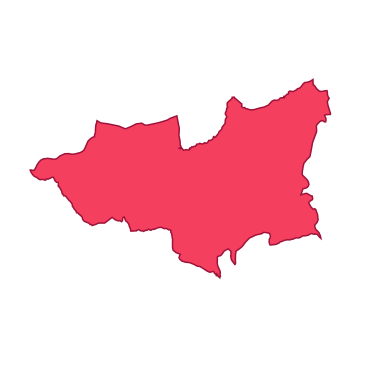 Kabalo, Katanga, Democratic Republic of the Congo (Natural Earth projection), rotated 168°
{"feature_id": "63176286B58583497580401", "entity_name": "Kabalo", "entity_type": "district", "adm_level": 2, "iso_a3": "COD", "parent_name": "Democratic Republic of the Congo", "parent_adm1": "Katanga", "projection": "natural_earth1", "projection_center": [26.919, -6.185], "detail": "fine", "context": "isolated", "style": "filled", "palette": "rose", "viewbox_px": 384, "rotation_deg": 168, "n_neighbors": 0, "source": "geoboundaries", "source_scale": "gbopen_adm2", "svg_char_len": 5983}
<svg xmlns="http://www.w3.org/2000/svg" viewBox="0 0 384 384"><g transform="rotate(168 192 192)"><path d="M202.6,118.6L199.6,117.4L193.4,111.3L192.7,110.8L191.2,109.8L189.8,109.8L188.2,109.9L187.2,109.4L186.9,107.9L186.0,106.7L185.4,106.8L185.1,106.9L185.6,105.5L185.5,105.3L185.5,105.1L184.1,105.4L184.1,104.3L182.8,102.5L182.7,103.2L181.8,103.3L181.7,105.7L181.1,107.2L181.0,108.7L182.1,113.9L182.2,115.5L182.0,117.7L181.4,120.0L180.8,122.6L180.4,123.5L178.9,123.8L177.3,123.8L176.0,124.6L172.7,127.6L168.5,128.9L166.4,126.2L166.6,123.6L167.4,121.6L167.6,118.2L167.3,116.8L165.2,112.2L164.9,112.2L164.2,113.3L163.8,115.9L162.4,121.9L161.7,123.5L161.3,125.0L157.1,126.7L155.7,127.5L154.1,128.3L152.4,129.8L149.9,132.0L145.4,135.0L139.2,136.5L136.6,136.7L132.8,136.7L130.1,137.6L127.0,136.5L124.8,135.4L124.4,133.1L124.8,131.4L126.2,129.7L126.9,127.5L127.0,125.6L126.6,123.9L120.9,123.3L117.8,123.9L115.8,125.0L114.4,124.9L112.4,125.4L111.0,125.5L108.2,125.4L106.8,124.9L105.9,124.9L102.3,125.0L101.4,125.2L100.1,125.6L97.7,125.0L95.9,124.9L93.9,125.7L92.4,126.1L90.5,125.6L88.3,125.6L86.7,125.7L84.8,126.5L83.5,126.4L83.3,126.3L81.6,125.3L79.4,125.1L78.2,124.3L76.7,121.4L75.6,119.9L75.6,121.2L75.6,122.8L76.3,125.9L77.4,127.8L78.3,129.0L78.9,130.7L79.1,132.9L78.6,134.3L75.9,136.3L74.5,138.5L73.9,143.4L74.6,149.2L75.5,150.2L76.8,149.7L77.4,150.5L78.8,152.8L80.1,157.1L79.6,157.7L78.3,158.6L75.8,159.5L75.3,160.4L75.3,163.1L75.8,163.2L78.2,165.1L79.7,166.6L81.2,167.0L86.0,166.6L82.9,172.0L80.8,172.1L78.6,172.4L77.1,173.5L76.1,175.0L76.0,177.2L76.6,179.5L77.6,181.2L80.5,185.7L80.5,186.8L79.8,189.2L78.1,193.6L76.5,196.9L72.6,200.1L69.5,201.9L68.1,204.8L65.6,210.9L63.9,215.0L62.8,216.9L57.8,224.8L57.3,226.4L56.7,230.4L56.0,231.7L54.5,232.9L52.1,234.4L50.0,234.9L48.6,233.9L47.9,233.1L46.7,232.8L46.2,233.8L45.7,236.2L46.3,238.3L46.3,239.5L44.9,239.7L42.8,239.5L40.6,239.1L40.2,239.9L41.0,248.6L40.9,252.0L40.0,253.4L38.3,255.1L38.9,256.2L39.3,259.0L38.9,261.1L38.9,263.1L41.5,263.4L43.5,263.3L46.1,263.9L47.2,265.1L48.5,266.9L50.1,270.6L51.1,271.9L50.7,274.8L50.3,276.9L52.7,275.9L54.5,275.6L55.9,275.4L59.0,275.6L60.5,274.9L63.9,271.9L65.3,271.2L67.4,271.1L68.5,270.3L71.5,269.3L72.8,269.4L73.4,269.7L74.5,269.9L75.3,270.4L76.3,270.0L76.9,269.6L77.0,268.3L77.4,267.9L78.7,267.9L81.0,266.3L82.2,266.5L82.5,266.0L81.9,265.3L82.0,265.0L85.2,265.6L86.3,265.5L88.1,264.1L90.8,264.1L92.0,264.8L93.4,264.6L95.1,264.1L99.1,261.2L100.2,260.9L103.9,260.1L108.2,260.1L113.5,259.7L116.2,259.9L118.2,260.4L121.0,262.0L122.1,262.3L123.0,263.7L124.4,263.8L125.5,264.9L125.7,265.4L125.0,267.3L125.1,268.0L125.7,268.6L130.4,274.8L130.9,275.1L131.0,276.0L133.0,276.3L133.2,275.4L135.5,273.9L137.5,272.9L138.9,271.9L139.3,271.1L139.7,268.7L139.4,267.8L139.6,267.3L140.6,266.8L141.7,263.9L142.3,263.3L143.1,262.1L143.1,260.6L142.7,260.1L142.3,258.1L143.1,257.3L144.1,256.4L145.0,253.8L145.3,252.1L146.7,251.1L149.2,249.0L149.6,247.7L151.2,246.3L152.8,245.6L154.4,243.3L156.5,241.9L157.6,240.7L158.3,240.7L159.0,241.5L159.4,241.7L160.5,239.6L163.0,238.5L163.4,238.8L164.3,238.8L164.8,239.0L166.4,237.2L167.7,236.8L168.5,236.8L169.2,237.5L169.8,237.5L170.2,237.0L172.1,236.8L174.3,238.0L175.5,237.6L176.9,237.8L177.5,237.7L177.9,236.9L178.4,236.8L179.3,236.0L180.3,236.3L181.6,235.8L182.0,235.9L182.7,236.3L183.4,235.5L185.3,235.4L185.6,234.8L185.2,234.2L185.7,233.8L187.3,233.9L188.9,234.7L189.7,234.6L191.7,234.6L192.6,236.7L193.0,236.9L193.9,236.9L194.2,236.9L194.7,236.9L195.4,237.5L194.8,237.8L193.8,237.4L193.2,237.5L193.3,238.2L193.7,240.6L193.1,244.5L193.0,250.5L192.9,250.8L192.4,252.2L191.2,257.1L191.2,259.3L191.0,269.6L198.0,268.6L201.1,267.5L207.6,266.9L211.5,266.7L222.2,266.7L224.5,267.5L225.9,268.9L227.0,269.8L232.5,270.2L238.0,268.7L242.0,268.0L243.0,267.7L244.0,267.7L245.5,268.6L249.9,271.7L260.7,276.4L263.9,277.5L266.8,278.5L270.1,281.5L271.3,278.6L271.8,278.3L272.5,276.3L273.8,272.0L273.9,270.7L275.5,268.0L275.8,266.4L278.3,266.1L280.0,265.3L283.0,263.5L285.5,260.1L287.6,257.1L289.1,255.4L290.9,254.4L293.5,253.7L296.2,253.7L298.8,253.5L302.0,254.0L304.2,255.1L308.4,255.9L310.7,255.4L313.6,254.7L317.7,252.6L320.3,252.8L323.3,253.9L326.1,254.9L330.4,255.3L332.7,254.8L335.0,253.5L337.7,251.0L339.4,248.7L340.8,247.1L341.4,246.5L342.1,246.1L342.7,246.0L344.1,246.7L345.6,247.2L345.7,246.3L345.1,244.2L343.9,241.5L343.0,240.1L341.2,238.8L338.9,236.2L338.0,235.6L335.6,235.4L334.9,235.2L333.2,234.0L332.6,234.1L331.9,235.1L331.1,235.1L330.4,234.5L329.9,234.5L329.3,234.8L328.1,234.8L325.8,235.5L324.8,235.4L324.7,235.3L324.5,235.2L323.8,232.1L323.5,232.0L323.5,231.1L322.4,229.6L321.1,229.3L320.9,228.7L321.0,227.1L321.5,226.5L321.5,225.4L321.4,224.9L320.9,224.9L320.5,224.5L320.2,222.6L319.7,221.4L319.4,220.0L319.3,217.9L319.3,217.2L318.6,216.9L318.5,215.4L318.2,214.9L317.3,214.9L316.3,213.9L313.8,208.9L313.3,208.6L312.8,207.6L311.7,204.8L311.9,202.6L311.4,201.9L310.6,199.5L309.5,197.7L309.2,195.7L308.4,195.5L307.7,195.0L307.4,194.0L306.4,193.1L306.1,192.2L305.1,191.4L304.6,190.1L304.7,188.5L304.0,186.5L302.9,185.3L299.1,182.8L298.5,181.4L297.0,181.0L296.7,180.0L295.8,180.0L293.1,180.3L289.9,181.0L286.6,180.4L283.9,179.8L282.5,180.4L275.4,183.8L274.6,182.9L272.8,180.7L270.2,179.1L268.3,178.8L267.0,177.6L266.0,178.4L264.9,181.4L263.6,181.7L262.8,177.5L261.3,175.6L260.5,173.4L260.4,170.8L259.8,168.6L260.1,167.2L259.9,166.4L259.0,166.4L257.8,166.0L257.4,166.0L255.9,165.9L254.9,165.6L254.2,165.6L253.2,166.2L251.8,166.2L250.7,165.1L250.0,164.5L248.5,164.4L247.5,163.5L245.1,164.3L244.5,163.9L244.0,163.9L242.3,164.7L241.4,163.8L240.2,163.1L239.6,163.4L239.4,163.4L239.1,163.5L237.3,163.7L236.7,163.3L232.5,164.2L229.1,163.8L228.0,162.7L226.7,161.9L224.5,161.6L222.6,159.8L221.8,159.7L221.6,159.6L220.7,159.0L220.9,158.2L221.1,156.8L220.6,155.8L220.9,149.5L222.5,142.4L222.6,139.1L220.4,136.2L216.3,133.4L217.5,132.1L218.4,130.4L217.9,128.8L216.2,126.5L213.0,124.7L209.0,123.4L204.7,120.5L202.6,118.6Z" fill="#f43f5e" stroke="#9f1239" stroke-width="1.5"/></g></svg>